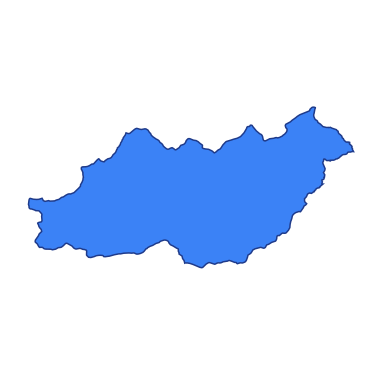 the district of Buriticá, Antioquia, Colombia, rotated 266°
{"feature_id": "7082276B20190258274584", "entity_name": "Buriticá", "entity_type": "district", "adm_level": 2, "iso_a3": "COL", "parent_name": "Colombia", "parent_adm1": "Antioquia", "projection": "albers", "projection_center": [-75.9, 6.81], "detail": "fine", "context": "isolated", "style": "filled", "palette": "blue", "viewbox_px": 384, "rotation_deg": 266, "n_neighbors": 0, "source": "geoboundaries", "source_scale": "gbopen_adm2", "svg_char_len": 6048}
<svg xmlns="http://www.w3.org/2000/svg" viewBox="0 0 384 384"><g transform="rotate(266 192 192)"><path d="M255.6,130.3L253.5,129.4L250.9,127.2L249.8,126.9L249.2,126.2L247.5,125.5L245.8,124.2L244.1,123.7L243.6,122.9L243.1,122.8L242.1,122.0L241.3,120.7L240.2,120.5L239.6,119.9L237.3,118.8L236.3,118.0L234.6,115.8L233.2,114.9L231.9,113.7L231.3,112.3L231.0,110.4L229.4,107.5L228.4,106.8L228.3,106.2L228.8,104.5L229.5,103.0L231.5,101.5L231.6,101.0L230.4,99.4L227.1,96.0L226.9,95.6L226.8,93.9L225.5,91.6L224.8,89.6L224.6,87.7L224.7,84.5L224.3,83.5L223.5,83.2L222.0,83.3L221.5,83.7L219.0,84.5L216.9,84.4L214.1,84.7L213.8,84.4L211.6,84.0L209.5,83.0L207.0,81.3L205.5,81.1L203.6,79.1L199.6,74.3L198.5,70.7L198.7,69.2L198.5,68.0L197.6,65.9L196.1,63.4L195.7,61.4L194.0,58.9L193.4,56.0L192.7,54.3L192.8,49.7L193.4,48.4L192.9,44.7L193.8,43.1L196.2,42.0L195.4,38.8L195.4,36.5L195.9,33.1L196.9,30.3L196.8,29.7L196.5,29.4L195.5,28.9L191.1,28.0L189.4,28.4L187.8,28.4L187.1,28.7L186.4,29.5L186.3,30.6L185.0,33.8L184.3,34.8L184.0,37.5L183.7,38.2L180.8,40.5L179.7,40.7L178.3,40.3L174.2,40.4L173.2,40.0L172.7,39.5L172.4,37.3L172.1,36.4L171.7,35.9L171.0,36.0L170.3,36.5L168.6,36.8L167.0,37.5L165.1,39.0L163.1,39.3L160.9,36.7L159.0,35.7L154.9,32.4L153.6,32.1L152.9,32.2L151.1,34.0L148.3,35.3L147.4,36.0L147.3,38.3L147.1,39.1L145.8,40.4L145.3,41.7L144.8,47.0L144.1,48.8L144.5,52.0L145.8,54.7L145.9,57.1L146.1,57.9L147.4,59.9L149.5,62.3L149.6,63.4L149.4,64.0L146.5,68.5L144.4,70.1L143.4,71.6L143.2,72.5L143.6,76.1L143.3,77.3L142.4,79.1L142.1,80.8L141.4,82.4L140.7,82.8L136.5,82.4L135.8,82.8L134.1,84.3L133.7,86.5L134.4,90.0L135.1,92.0L135.3,94.0L135.3,95.9L135.0,98.2L134.7,98.8L133.7,99.5L133.5,100.9L133.8,105.3L134.8,110.1L135.4,114.7L135.3,116.6L135.7,119.7L135.6,124.8L135.2,127.6L135.3,129.4L135.0,130.4L134.1,132.0L133.9,132.7L133.9,134.2L134.3,136.3L135.2,138.8L136.3,140.2L138.5,142.1L138.7,143.1L139.5,143.8L140.7,146.3L141.5,149.1L143.2,152.5L143.9,155.7L144.9,156.8L145.2,157.6L146.0,160.9L145.9,162.0L145.4,163.5L144.7,164.6L144.0,165.1L142.7,165.5L140.9,166.8L139.5,169.3L137.0,172.8L136.3,174.2L135.7,174.4L134.0,174.2L132.0,174.9L131.1,174.7L128.8,177.6L126.2,178.0L124.2,179.3L121.5,179.8L121.7,180.4L121.5,182.6L120.9,185.0L119.6,188.1L116.3,194.6L115.8,196.4L116.0,197.4L119.2,201.2L120.4,203.7L120.3,204.8L118.4,209.5L118.6,210.6L119.0,211.2L119.5,212.8L119.3,215.3L119.5,216.5L120.2,218.2L120.6,222.7L121.1,223.9L121.1,224.5L120.2,226.7L118.8,229.6L118.6,231.1L118.4,231.4L117.7,231.7L117.3,232.2L118.0,235.2L117.7,237.2L117.8,237.9L118.4,239.8L118.9,240.6L120.1,241.5L123.1,242.8L125.1,243.4L126.7,246.3L128.3,247.6L129.8,248.5L130.9,250.8L132.0,256.5L131.9,257.1L131.0,259.3L131.0,260.1L131.2,260.6L131.6,261.3L134.0,262.8L134.5,264.8L136.2,268.0L137.2,271.9L138.3,272.7L139.4,273.2L141.3,273.5L142.2,273.9L142.6,274.8L142.4,275.9L143.2,277.2L144.3,278.5L144.7,279.5L144.4,281.1L144.4,282.2L144.7,283.1L147.2,285.6L149.6,287.1L152.8,287.6L155.6,288.4L158.3,289.6L161.0,290.4L161.9,290.9L163.2,292.3L164.2,294.0L165.1,297.4L164.7,298.6L164.9,299.0L168.6,302.0L170.1,302.7L171.3,304.7L172.3,305.6L174.1,304.0L175.3,303.6L176.4,303.8L177.3,303.7L179.3,305.8L181.8,307.1L182.4,308.0L182.8,309.3L182.3,310.9L183.1,312.6L183.7,313.1L183.8,314.1L184.3,314.3L184.9,314.3L185.4,315.4L186.5,316.1L187.2,317.5L187.3,319.1L187.8,319.4L187.8,319.8L188.3,319.9L188.6,320.2L190.8,323.2L190.9,322.3L191.1,322.1L191.7,322.2L193.0,322.8L193.6,322.5L194.7,322.4L195.2,322.7L195.1,323.1L195.4,324.1L195.9,324.5L196.3,324.7L197.3,324.6L197.3,325.0L197.8,325.3L198.9,325.3L199.7,325.7L202.2,324.5L204.0,325.8L204.8,326.1L206.0,326.4L211.3,324.6L212.6,324.6L214.0,325.5L215.0,325.5L215.6,325.8L215.7,326.1L215.3,327.3L214.2,328.2L213.9,328.8L213.9,330.6L213.3,332.1L213.4,332.4L213.8,332.6L214.0,332.5L213.9,335.6L214.2,336.7L214.9,338.0L214.9,339.1L215.3,339.7L215.6,340.7L216.8,342.3L217.3,342.7L217.6,343.5L218.5,344.5L218.8,345.7L218.8,347.5L219.1,348.7L219.3,349.1L220.7,350.2L220.9,351.0L220.8,352.9L221.2,354.8L221.0,356.0L223.3,355.0L224.3,355.1L224.6,354.8L225.6,354.5L226.0,354.8L226.5,354.7L227.9,353.6L228.5,352.7L228.9,352.5L229.8,352.8L229.9,352.4L230.6,352.5L230.6,351.9L231.0,351.3L231.0,350.5L230.8,350.1L231.5,348.7L233.4,347.1L234.7,346.7L235.5,345.7L237.3,345.3L238.9,343.9L239.9,342.7L241.1,342.1L242.4,342.0L243.3,340.9L244.1,340.4L246.0,335.9L246.9,334.5L246.7,333.3L246.7,332.8L247.0,332.4L246.9,331.9L247.0,330.6L248.1,327.2L250.8,324.8L252.6,322.4L253.8,322.2L254.7,321.5L255.6,320.1L256.7,319.5L259.2,318.7L261.1,318.9L262.0,319.3L265.9,320.3L267.2,320.9L267.6,320.9L268.1,319.7L268.2,318.4L267.9,317.4L266.2,315.4L265.3,315.2L264.6,314.4L261.6,305.1L260.1,302.3L258.9,300.7L256.4,296.6L255.2,295.2L253.0,290.3L252.0,289.7L250.8,289.8L249.6,290.1L248.3,291.1L247.6,291.2L246.2,290.9L245.1,290.3L243.2,288.4L242.3,286.8L241.6,286.1L240.3,283.0L240.0,281.1L240.4,280.0L240.4,279.2L239.9,277.2L239.7,273.3L237.9,269.0L238.0,267.9L238.1,267.6L238.4,267.2L239.1,266.7L242.6,266.2L243.8,265.7L244.6,265.0L245.4,263.6L248.4,260.5L253.2,257.1L253.9,256.8L254.4,256.3L254.6,255.3L254.5,254.8L253.4,254.0L253.3,252.1L252.8,251.3L251.6,250.9L247.5,248.1L243.9,244.3L242.5,240.9L241.7,236.9L241.1,234.7L240.0,229.8L239.6,229.1L236.8,226.1L234.3,224.3L232.9,223.0L232.1,221.0L230.0,218.3L229.5,217.0L230.0,216.3L230.8,215.7L231.6,214.8L233.4,211.6L234.0,208.4L234.6,206.4L235.4,205.4L236.2,205.4L237.3,205.7L238.1,205.6L240.3,203.0L241.7,201.7L243.0,199.7L243.6,197.1L245.3,193.6L245.5,192.6L245.3,191.6L243.8,189.9L241.9,189.0L240.7,188.0L240.1,187.0L239.3,184.0L237.2,182.4L235.3,179.1L235.2,178.5L235.3,178.1L236.7,176.6L237.6,175.2L237.2,173.5L236.4,171.7L236.3,170.9L236.9,169.6L238.7,167.6L239.9,166.6L241.3,166.0L242.5,165.1L243.6,163.6L245.5,162.6L246.6,161.3L247.2,160.1L249.7,157.0L251.4,155.4L253.4,154.7L254.2,153.8L256.8,152.4L258.1,150.5L258.3,149.4L257.9,145.9L258.3,144.2L259.2,141.8L259.3,140.9L258.8,139.6L258.1,138.5L255.3,134.7L254.8,133.9L254.7,133.0L254.9,132.0L255.6,130.3Z" fill="#3b82f6" stroke="#1e3a8a" stroke-width="1.5"/></g></svg>